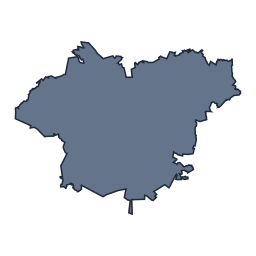 outline of Durango, Durango, Mexico
{"feature_id": "50627088B41619620230595", "entity_name": "Durango", "entity_type": "district", "adm_level": 2, "iso_a3": "MEX", "parent_name": "Mexico", "parent_adm1": "Durango", "projection": "mercator", "projection_center": [-104.689, 23.911], "detail": "fine", "context": "isolated", "style": "filled", "palette": "slate", "viewbox_px": 256, "rotation_deg": 0, "n_neighbors": 0, "source": "geoboundaries", "source_scale": "gbopen_adm2", "svg_char_len": 5672}
<svg xmlns="http://www.w3.org/2000/svg" viewBox="0 0 256 256"><path d="M67.6,63.1L65.4,74.5L64.2,74.4L60.9,76.2L55.9,77.4L55.9,78.3L51.5,76.1L48.2,76.6L48.4,78.0L45.8,76.8L43.1,80.4L41.6,78.9L36.1,83.2L39.9,82.2L38.3,85.5L38.5,86.3L38.1,86.6L36.8,86.6L36.1,87.5L35.9,87.5L35.4,88.0L35.4,88.4L34.8,88.8L34.6,88.5L34.0,88.8L33.4,88.6L33.3,88.9L33.0,88.5L32.5,88.6L32.1,89.3L32.2,89.8L31.1,90.2L30.8,90.8L30.5,90.7L30.4,91.0L30.1,91.0L29.9,91.7L30.3,92.2L29.7,93.2L29.3,93.4L29.0,94.2L28.5,94.6L28.8,94.8L28.2,98.8L27.7,100.2L26.9,100.0L26.7,101.1L25.8,101.4L25.2,101.5L24.1,101.0L23.5,101.3L22.3,103.1L21.8,102.9L21.3,103.1L20.8,104.1L19.9,104.8L19.7,105.7L19.0,106.4L17.9,107.0L18.2,108.2L17.6,107.8L16.1,107.6L15.4,108.5L15.7,111.7L15.4,118.7L30.7,125.6L30.2,128.0L34.2,127.3L37.0,128.9L44.8,136.8L45.9,136.4L53.7,136.1L53.7,134.0L54.6,133.9L55.2,135.3L58.6,134.2L58.8,137.1L60.2,138.7L61.0,138.8L62.0,139.9L61.7,140.2L62.0,140.7L64.9,142.4L63.3,146.4L63.3,148.0L65.4,152.6L67.0,153.6L61.2,165.1L60.8,165.4L62.4,177.3L60.8,176.6L60.2,176.7L60.2,177.4L60.4,177.8L61.0,178.0L62.9,179.5L63.0,180.9L62.4,181.8L62.3,183.9L61.0,184.3L61.0,184.9L60.6,185.6L60.9,187.0L63.6,186.6L64.7,187.5L65.1,187.6L65.7,188.3L66.2,187.9L66.3,186.6L66.8,186.2L66.5,185.6L66.5,185.0L67.3,184.6L68.4,184.6L69.2,184.1L70.3,184.1L70.5,183.3L71.0,183.3L71.8,183.7L71.9,184.7L72.8,184.3L72.9,184.5L72.1,184.9L73.3,185.3L73.6,185.6L72.8,187.4L72.9,187.9L74.1,188.3L74.0,188.9L74.5,189.7L76.5,190.3L77.4,191.7L78.3,191.6L79.1,191.1L79.2,190.6L80.4,190.2L81.4,189.2L81.5,187.3L81.2,186.3L81.5,185.3L103.0,196.7L106.4,194.7L118.2,190.5L126.0,189.0L124.3,197.5L127.7,200.0L130.2,200.3L128.8,212.8L132.2,214.1L131.8,199.7L144.5,199.3L144.7,195.3L146.7,195.9L151.6,200.0L153.1,200.5L156.4,197.4L154.8,196.2L156.7,194.5L153.8,191.5L164.8,184.7L168.9,187.8L169.5,186.7L170.3,185.8L171.5,183.1L176.3,174.3L176.9,175.1L177.1,175.7L175.7,179.2L177.2,179.6L181.2,179.5L181.1,178.6L181.7,178.5L185.1,179.4L188.0,178.7L187.8,177.1L185.2,176.8L185.1,176.4L183.6,177.0L182.6,176.9L181.1,177.1L179.4,173.8L181.7,174.2L182.1,173.1L181.4,170.5L182.3,170.6L184.5,170.1L184.9,170.7L185.3,170.6L185.4,171.0L186.1,171.3L186.1,171.6L186.4,171.8L187.7,171.6L187.8,172.8L193.4,169.5L192.8,167.2L192.5,167.2L192.5,166.8L192.0,166.6L191.9,166.2L191.3,166.0L191.6,165.4L191.2,165.3L190.6,165.6L190.4,165.3L189.7,165.3L188.9,164.8L188.0,165.6L186.2,165.8L184.7,166.7L183.7,166.8L183.2,166.5L183.2,165.9L179.7,162.5L178.1,162.7L177.2,164.3L175.4,163.2L173.3,162.5L176.8,159.8L176.8,159.1L172.8,157.0L173.7,152.0L175.1,153.2L176.2,153.3L177.9,154.8L182.6,155.9L182.8,154.2L188.8,154.4L193.0,153.7L194.4,148.5L192.8,148.6L193.8,145.8L195.1,145.9L196.2,140.3L196.2,137.4L195.7,136.3L196.2,135.4L195.6,134.8L195.0,133.5L195.3,132.8L195.0,128.3L195.6,126.6L196.1,126.3L196.5,125.3L196.6,122.7L195.5,121.6L196.0,120.0L199.9,121.6L206.7,119.6L206.2,118.7L206.6,117.9L206.5,117.3L206.3,116.6L205.8,116.1L206.1,115.7L205.8,114.3L206.0,113.1L205.4,112.6L205.2,111.9L205.4,111.6L207.3,111.4L211.0,111.6L210.7,111.4L210.2,110.8L210.3,110.3L209.5,108.0L209.5,107.3L210.5,105.6L211.0,104.0L211.8,102.7L211.5,102.6L211.8,102.3L213.9,101.9L214.8,103.1L216.3,103.6L216.8,103.3L217.3,103.8L217.0,104.3L217.3,105.4L216.9,105.4L217.0,105.8L217.4,106.2L217.7,106.9L218.4,107.1L218.1,107.4L219.0,107.3L220.9,105.7L223.3,103.1L225.7,100.3L226.1,100.5L226.5,100.4L226.6,100.1L227.1,99.9L227.1,99.6L227.5,99.8L228.2,99.5L228.3,99.7L229.5,99.8L230.3,98.2L233.8,95.5L239.2,94.9L240.6,93.1L240.3,92.4L240.5,91.8L240.4,91.2L239.7,91.1L238.4,89.5L237.7,89.2L236.8,89.0L237.3,89.6L236.8,89.9L235.1,89.2L234.9,88.7L235.5,87.5L235.7,86.2L234.4,85.5L232.7,85.2L235.7,81.6L234.9,80.1L234.0,79.2L233.2,77.8L232.7,77.3L232.1,75.9L232.4,73.6L231.9,71.7L231.6,65.5L232.4,65.2L232.1,59.2L231.7,59.3L231.6,60.5L230.1,60.4L229.8,61.0L228.3,61.4L227.8,61.1L227.7,60.8L227.3,60.7L227.1,60.3L225.8,60.2L225.1,60.5L224.4,60.1L224.0,60.2L223.9,59.8L223.4,59.7L222.5,60.6L221.8,59.8L220.9,59.4L219.0,60.4L218.7,60.3L219.0,59.8L219.0,59.6L218.4,59.4L218.5,59.9L217.9,59.8L217.4,61.0L216.8,61.4L216.6,63.0L216.2,63.1L216.0,64.9L210.6,61.4L209.2,65.2L207.5,63.6L206.9,62.4L207.0,62.1L206.0,60.8L205.7,59.8L205.3,59.5L205.1,57.6L202.8,56.1L202.9,55.5L202.7,54.7L203.1,54.5L201.1,52.1L202.7,50.7L201.9,49.8L197.9,53.1L196.6,52.2L196.0,52.7L192.4,49.8L188.3,52.6L187.9,51.6L189.1,50.9L188.8,50.5L190.1,49.7L189.8,49.1L186.7,50.3L185.8,50.9L185.8,51.1L184.4,50.2L183.6,51.3L182.9,50.7L182.4,50.8L182.9,52.4L179.8,53.7L180.0,54.6L176.6,55.7L175.7,55.5L175.6,55.9L175.0,55.9L174.3,55.4L175.4,52.3L172.9,52.9L172.4,52.3L169.8,51.8L166.8,58.7L160.7,56.6L160.6,56.2L158.8,57.4L159.2,59.0L153.1,62.4L148.1,62.5L147.1,61.6L143.5,61.0L143.7,62.6L142.4,62.3L142.5,60.9L139.2,62.3L138.8,62.6L139.0,63.1L138.4,63.3L137.6,64.7L135.3,62.5L134.7,63.0L134.9,65.8L135.3,67.4L131.3,69.4L132.2,77.2L126.2,77.3L123.9,67.7L122.6,67.6L121.9,65.7L121.5,63.9L120.7,64.3L120.3,64.2L119.9,64.7L119.3,64.8L118.3,62.9L117.7,62.9L120.9,60.1L121.8,58.9L121.7,58.3L122.4,57.6L121.2,57.1L121.0,56.5L119.2,56.4L118.1,56.0L117.7,56.2L116.0,56.1L115.9,57.4L114.7,58.2L112.8,55.9L103.0,58.7L102.0,57.4L97.5,53.6L95.0,49.9L88.7,42.9L81.1,41.9L81.6,43.9L83.9,47.8L81.9,47.8L80.9,47.0L77.8,46.5L77.9,47.4L78.3,47.5L78.0,47.9L78.4,49.5L78.7,49.5L78.8,49.8L77.8,50.0L78.0,49.6L77.7,49.2L73.2,50.3L73.0,50.9L73.2,52.0L72.4,52.0L73.3,53.2L74.4,52.7L74.9,54.5L75.4,54.7L75.4,54.9L75.7,55.0L76.2,54.7L76.6,55.3L77.2,55.2L77.6,55.7L78.9,55.7L81.4,59.9L82.8,59.3L84.0,62.7L83.8,63.1L83.0,63.2L80.2,62.6L79.0,61.1L78.5,58.0L77.7,57.4L77.4,56.7L68.4,58.2L68.4,60.0L67.6,63.1Z" fill="#64748b" stroke="#1e293b" stroke-width="1.5"/></svg>